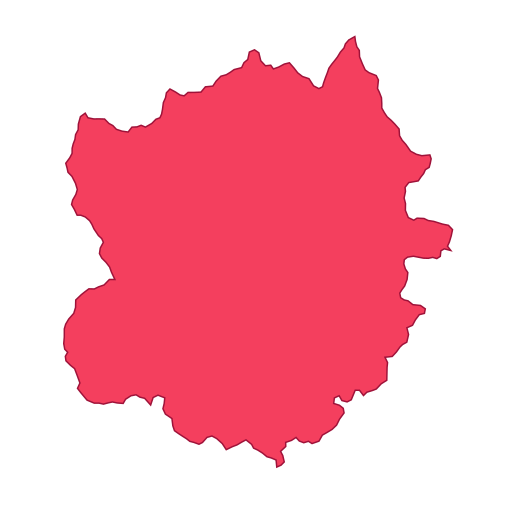 outline of Pilar do Sul, São Paulo, Brazil, rotated 356°
{"feature_id": "56859067B92948515597814", "entity_name": "Pilar do Sul", "entity_type": "district", "adm_level": 2, "iso_a3": "BRA", "parent_name": "Brazil", "parent_adm1": "São Paulo", "projection": "orthographic", "projection_center": [-47.722, -23.858], "detail": "fine", "context": "isolated", "style": "filled", "palette": "rose", "viewbox_px": 512, "rotation_deg": 356, "n_neighbors": 0, "source": "geoboundaries", "source_scale": "gbopen_adm2", "svg_char_len": 3680}
<svg xmlns="http://www.w3.org/2000/svg" viewBox="0 0 512 512"><g transform="rotate(356 256 256)"><path d="M72.7,150.2L73.7,155.2L74.3,159.4L78.0,163.8L81.0,170.9L82.4,177.2L80.6,182.0L77.0,187.4L75.6,191.8L78.0,196.7L80.4,202.8L84.1,203.1L88.5,205.2L92.5,209.2L94.5,213.0L96.2,217.6L100.2,224.6L103.3,227.9L104.7,231.7L101.2,237.2L100.0,242.7L102.0,247.3L105.9,251.8L109.2,256.8L110.7,262.1L113.6,269.6L108.1,269.2L102.4,274.3L96.8,275.8L92.4,277.6L87.0,277.1L83.1,279.6L79.0,282.4L73.1,287.3L72.4,294.8L70.2,300.5L64.8,305.8L61.4,310.7L59.7,315.3L59.1,323.5L58.1,330.0L58.7,335.6L61.4,338.9L58.8,342.8L59.1,347.3L63.4,352.2L67.2,355.7L69.3,362.7L71.5,370.4L68.7,375.6L71.7,380.1L77.4,388.0L84.4,391.5L89.1,391.8L93.5,393.1L98.3,392.2L102.6,391.6L107.2,392.9L113.2,393.8L115.9,389.8L121.5,386.7L126.7,386.1L130.3,388.7L135.0,390.2L140.5,397.3L143.5,390.0L148.5,388.0L155.1,391.1L154.1,396.8L152.5,401.9L154.6,407.4L160.8,412.3L161.2,419.6L162.5,424.6L166.3,427.7L170.9,431.2L173.9,433.4L177.1,436.3L181.0,437.6L186.0,439.8L189.6,438.3L194.5,433.5L199.5,432.5L204.1,435.4L209.3,440.8L212.8,447.1L219.0,444.6L223.9,443.1L228.7,440.7L233.2,438.7L238.5,443.6L240.2,447.5L244.2,449.7L248.7,453.0L252.9,457.0L257.1,458.5L261.8,460.9L262.0,468.0L266.4,466.4L269.8,463.4L268.8,457.0L266.9,452.6L272.4,448.1L272.6,444.0L278.6,442.4L283.3,439.8L286.3,443.6L290.6,445.6L295.4,444.5L298.8,447.0L305.9,445.1L309.7,439.3L314.1,437.2L319.8,434.3L324.6,430.3L328.0,424.5L332.9,418.7L332.4,414.0L328.8,410.7L323.2,408.5L324.3,403.0L329.2,401.2L331.6,406.2L336.7,407.9L341.0,406.1L345.6,396.8L349.9,397.2L353.5,402.7L357.1,399.6L362.7,398.3L366.7,397.1L372.0,392.2L377.8,389.1L378.5,381.4L379.0,376.1L379.8,371.5L377.6,366.0L384.9,365.7L389.4,361.5L393.2,356.9L396.1,354.5L400.4,352.5L402.7,345.0L401.5,338.1L407.3,336.0L410.5,330.9L414.8,325.9L420.0,325.0L421.2,320.5L416.6,316.8L409.1,315.5L404.5,311.3L400.8,310.2L397.4,307.7L396.8,303.1L399.2,299.8L402.2,296.3L405.1,289.9L406.3,283.1L404.1,279.3L402.9,274.2L403.7,270.0L407.1,267.7L413.0,267.2L422.8,269.8L427.7,270.3L432.2,269.7L436.2,271.2L439.8,269.2L440.8,263.7L444.3,262.0L450.7,264.1L447.7,259.6L449.9,255.5L452.2,249.4L453.9,243.4L450.1,238.8L444.3,237.2L435.8,233.9L430.2,232.6L426.2,230.3L419.3,229.5L415.9,231.3L410.6,228.3L408.2,220.9L408.8,214.2L407.8,208.5L409.6,202.0L409.5,197.9L413.5,193.4L418.4,192.9L423.1,192.4L426.0,188.7L429.0,185.4L431.0,181.7L434.9,179.7L436.3,175.7L437.5,171.3L436.5,167.3L428.4,167.5L423.0,165.7L417.5,162.2L413.3,155.2L409.9,150.8L407.6,146.1L407.6,139.3L403.6,134.0L400.2,130.0L396.5,126.3L394.0,121.9L391.8,117.2L392.1,112.6L392.2,106.9L390.4,101.1L388.9,97.4L390.4,89.0L388.5,84.4L381.5,81.0L377.9,78.0L375.6,71.9L373.2,64.5L373.4,58.1L371.2,54.4L370.2,48.9L369.9,44.0L363.7,46.9L360.0,50.6L358.3,54.6L354.4,58.5L351.1,63.2L347.9,66.8L344.9,70.0L341.8,73.8L340.1,77.9L337.8,82.8L335.5,88.1L334.2,91.8L330.4,93.4L325.3,90.3L321.2,82.8L314.9,80.2L310.4,76.2L306.9,71.0L302.8,65.6L297.6,66.5L291.8,69.1L286.4,70.6L284.0,66.7L278.7,66.9L274.4,61.6L273.0,53.5L268.9,50.2L263.6,52.1L261.5,59.4L257.5,62.3L254.8,67.1L247.2,68.5L243.1,71.0L239.0,73.1L233.5,74.2L228.4,78.8L224.8,83.5L217.3,83.7L212.5,88.7L206.0,88.5L199.6,88.1L195.5,91.2L191.5,90.1L187.3,86.9L181.8,83.4L178.0,87.0L176.8,91.8L174.3,96.5L172.9,103.4L171.7,107.9L169.8,111.4L165.7,112.6L161.3,116.5L154.7,119.7L150.5,117.6L146.3,118.9L141.2,118.8L137.1,123.4L131.0,122.1L125.6,119.9L122.3,115.9L118.5,113.5L114.5,108.8L108.4,108.2L103.9,108.0L98.0,106.4L95.6,101.6L90.6,104.7L88.0,112.0L87.4,117.7L84.5,122.3L83.5,127.1L81.5,131.4L80.1,135.7L79.7,140.8L77.1,145.0L72.7,150.2Z" fill="#f43f5e" stroke="#9f1239" stroke-width="1.5"/></g></svg>